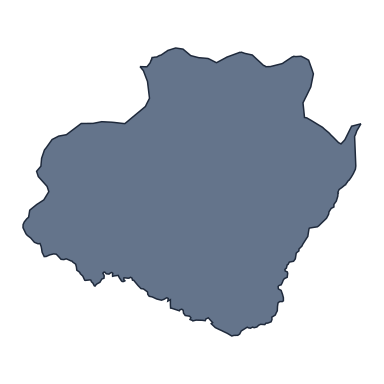 the district of Gibi, Margibi, Liberia
{"feature_id": "62588387B31480436327445", "entity_name": "Gibi", "entity_type": "district", "adm_level": 2, "iso_a3": "LBR", "parent_name": "Liberia", "parent_adm1": "Margibi", "projection": "albers", "projection_center": [-10.006, 6.564], "detail": "fine", "context": "isolated", "style": "filled", "palette": "slate", "viewbox_px": 384, "rotation_deg": 0, "n_neighbors": 0, "source": "geoboundaries", "source_scale": "gbopen_adm2", "svg_char_len": 4553}
<svg xmlns="http://www.w3.org/2000/svg" viewBox="0 0 384 384"><path d="M157.1,299.1L161.5,300.2L164.0,299.3L166.8,297.7L168.3,298.5L167.8,301.1L170.4,299.7L170.4,304.7L170.6,308.1L171.5,308.2L179.4,310.8L180.0,309.7L181.8,309.2L183.2,310.3L183.3,311.4L183.5,313.1L185.2,315.5L189.6,316.2L190.9,317.7L190.0,319.5L192.8,320.6L192.9,320.9L196.1,320.1L202.4,320.3L205.2,320.7L205.9,319.0L208.3,317.8L212.6,322.6L211.2,323.7L215.3,327.6L219.2,329.5L222.1,330.8L222.4,331.0L227.2,333.3L228.6,334.1L231.6,335.9L231.8,336.0L233.9,335.4L234.4,335.4L237.8,335.3L239.7,334.0L241.2,331.0L247.2,327.2L248.6,327.9L250.6,328.2L251.0,327.9L252.6,327.1L254.1,327.7L256.9,327.0L258.6,325.3L260.6,324.3L264.8,324.6L265.9,323.2L267.8,323.1L271.1,321.8L272.0,319.5L271.8,317.2L274.7,315.4L275.3,315.0L276.1,313.1L277.3,310.8L277.5,306.4L278.0,303.0L279.6,301.6L282.3,301.6L283.4,300.8L283.4,297.7L282.5,294.3L281.1,290.4L278.4,288.9L278.3,288.4L278.1,286.4L279.2,285.4L280.1,285.1L281.1,284.9L282.3,282.6L283.2,280.2L284.4,278.6L287.2,277.3L287.7,273.3L287.3,271.9L285.7,271.2L285.2,271.0L284.9,269.4L286.4,268.1L286.8,266.4L287.2,264.9L288.1,264.4L289.3,262.1L293.4,261.3L293.7,261.1L295.3,258.9L295.6,257.2L296.2,253.2L297.3,252.1L298.4,251.3L298.9,250.9L298.9,250.2L299.0,249.0L300.9,247.1L301.8,246.3L302.8,244.2L306.9,237.8L307.8,236.5L308.2,233.9L308.9,229.3L309.3,228.2L310.3,227.9L314.2,227.3L315.5,227.1L317.4,226.8L318.9,225.7L321.0,223.6L326.5,218.3L327.3,216.8L328.4,214.7L328.6,214.3L328.8,213.1L329.0,211.8L331.2,208.4L331.6,208.2L333.9,207.0L333.9,204.4L336.3,201.1L337.8,196.2L337.9,194.3L338.3,193.1L337.9,193.0L337.9,192.2L339.1,189.5L341.9,187.5L344.8,185.1L345.6,184.8L345.9,184.1L348.5,180.4L349.1,180.2L351.4,176.9L353.4,173.5L354.5,171.1L355.4,169.2L355.8,166.0L354.6,136.4L355.7,134.1L356.8,130.8L358.3,128.3L360.9,123.8L361.0,123.8L359.4,124.2L351.6,126.2L351.6,126.3L350.2,129.0L344.9,139.7L344.2,140.5L341.2,143.7L341.0,143.9L340.6,143.7L338.5,142.6L334.2,138.2L332.8,136.8L330.7,134.8L330.3,134.3L328.9,132.8L326.0,130.4L324.8,129.4L323.6,128.3L323.1,127.8L322.5,127.3L322.4,127.3L321.9,126.9L321.2,126.5L319.0,125.2L311.0,120.3L307.3,118.2L306.9,117.9L304.5,117.5L303.0,102.8L303.3,102.2L303.6,101.6L304.7,99.4L304.8,99.1L306.4,96.0L307.9,92.9L308.1,92.5L310.8,86.9L313.4,73.9L312.4,70.9L311.2,67.4L310.5,65.5L309.8,63.5L309.1,61.6L308.9,61.0L308.6,60.2L307.6,59.6L306.0,58.7L304.7,58.0L303.7,57.5L302.0,56.7L301.2,56.3L300.2,56.3L295.8,56.6L293.7,56.3L293.0,56.8L292.4,56.8L284.3,62.2L282.6,63.4L281.8,63.7L270.3,66.6L269.8,66.6L265.8,66.7L264.6,65.7L263.6,65.5L259.4,61.6L257.4,59.8L252.3,55.0L244.9,53.4L241.4,52.2L240.6,52.5L239.9,52.3L226.6,57.2L226.2,57.5L216.9,62.5L216.4,62.7L209.4,59.1L208.0,58.5L205.0,58.2L198.8,57.7L190.7,55.6L183.0,49.1L182.3,49.0L175.7,48.0L174.3,48.4L169.9,49.8L167.9,50.4L165.5,52.1L165.0,52.3L164.7,52.6L161.2,55.0L159.2,55.6L156.8,57.0L154.2,57.2L153.1,57.5L152.1,57.5L151.7,58.5L151.7,59.5L151.4,60.1L151.1,60.1L150.2,62.7L148.2,65.3L146.9,66.8L142.7,66.7L139.9,66.6L140.0,66.6L143.4,70.7L147.5,81.5L149.5,98.3L146.6,104.0L145.9,105.5L145.4,106.5L132.3,117.4L127.3,121.6L124.9,123.6L123.3,123.5L113.8,122.4L111.5,122.2L105.7,121.9L101.7,121.7L93.1,123.4L81.2,123.5L73.1,129.6L66.4,134.7L58.7,136.1L52.1,139.5L46.1,147.9L44.9,149.4L44.4,150.1L41.6,158.3L40.9,166.2L36.6,171.3L38.3,176.6L39.3,177.7L47.1,186.4L48.1,189.5L48.8,191.7L43.8,199.9L36.7,204.5L29.8,210.1L29.7,210.3L29.0,214.9L28.8,215.9L28.6,217.2L26.7,218.9L24.3,221.9L23.1,224.6L23.0,227.7L26.0,233.9L27.3,235.4L30.6,237.9L34.4,242.3L38.1,243.8L40.0,243.5L40.8,245.6L41.2,246.7L41.7,249.5L42.1,252.2L44.2,256.6L45.5,256.5L46.1,256.5L49.7,254.9L53.7,253.9L56.3,254.2L59.4,257.5L61.0,259.3L63.8,259.6L64.8,259.3L66.1,258.8L67.9,259.5L71.2,261.0L71.8,261.0L72.8,262.1L75.7,264.2L76.0,265.5L76.0,265.8L76.3,266.4L76.8,270.2L78.5,271.4L79.8,272.4L80.2,273.6L82.8,276.1L84.7,280.2L85.3,280.4L90.0,279.9L90.9,280.2L91.4,281.7L92.8,283.0L94.0,285.2L94.1,285.6L95.0,286.1L96.4,284.3L97.7,283.5L99.9,282.3L100.7,280.9L101.5,279.6L101.8,279.1L104.0,278.2L104.2,275.7L102.9,273.2L103.6,272.3L104.7,272.1L106.3,273.8L109.0,274.1L110.5,272.9L111.7,272.5L112.8,273.3L112.5,274.9L112.6,276.3L114.3,275.9L118.2,275.4L119.3,277.7L121.3,280.7L121.5,281.0L122.2,281.5L123.7,281.5L124.9,280.8L123.8,279.7L123.9,277.9L124.8,277.8L127.8,278.2L128.9,278.2L130.6,277.3L132.0,278.2L132.5,280.2L133.6,280.2L138.0,285.5L141.0,288.6L143.4,288.9L147.5,291.9L147.8,294.4L149.2,296.3L152.2,296.9L156.7,299.0L157.1,299.1Z" fill="#64748b" stroke="#1e293b" stroke-width="1.5"/></svg>